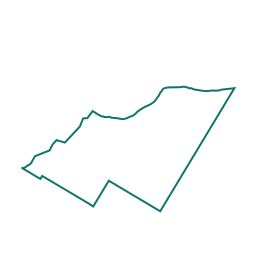 outline of Big Stone, Minnesota, United States of America, rotated 121°
{"feature_id": "52423323B63944458530460", "entity_name": "Big Stone", "entity_type": "district", "adm_level": 2, "iso_a3": "USA", "parent_name": "United States of America", "parent_adm1": "Minnesota", "projection": "albers", "projection_center": [-96.519, 45.381], "detail": "fine", "context": "isolated", "style": "outline", "palette": "teal", "viewbox_px": 256, "rotation_deg": 121, "n_neighbors": 0, "source": "geoboundaries", "source_scale": "gbopen_adm2", "svg_char_len": 1016}
<svg xmlns="http://www.w3.org/2000/svg" viewBox="0 0 256 256"><g transform="rotate(121 128 128)"><path d="M180.0,57.5L39.1,57.3L47.2,67.9L47.8,68.3L49.1,69.5L51.3,72.8L52.2,74.7L56.0,79.7L57.1,82.0L59.0,86.4L60.8,91.0L61.2,92.5L61.2,93.8L61.5,94.5L62.5,96.3L62.8,98.6L63.8,101.4L64.2,102.0L65.9,103.9L69.1,109.0L71.3,112.6L73.5,115.7L75.7,117.7L76.5,118.1L77.7,118.2L78.9,118.1L80.9,118.6L84.4,118.2L86.1,118.6L88.4,118.6L91.7,119.0L95.7,120.7L99.7,123.3L101.1,124.4L102.9,125.3L105.2,126.6L109.1,128.3L110.6,128.6L112.8,129.2L115.0,130.2L118.3,132.9L119.8,133.7L122.9,136.6L124.5,140.4L125.3,142.6L127.5,147.1L127.8,147.7L127.9,149.2L128.1,149.9L128.4,150.4L129.5,151.5L130.6,153.7L130.8,155.1L131.4,155.8L131.7,157.0L131.8,161.8L131.7,167.0L140.4,167.9L142.9,171.4L151.4,170.0L173.0,174.6L175.2,183.0L181.0,184.2L187.5,183.6L200.0,193.2L208.5,193.0L215.9,196.5L216.9,198.7L216.8,176.9L213.3,176.9L213.0,124.5L213.2,117.4L183.1,117.3L182.8,57.5L180.0,57.5Z" fill="none" stroke="#0f766e" stroke-width="2"/></g></svg>